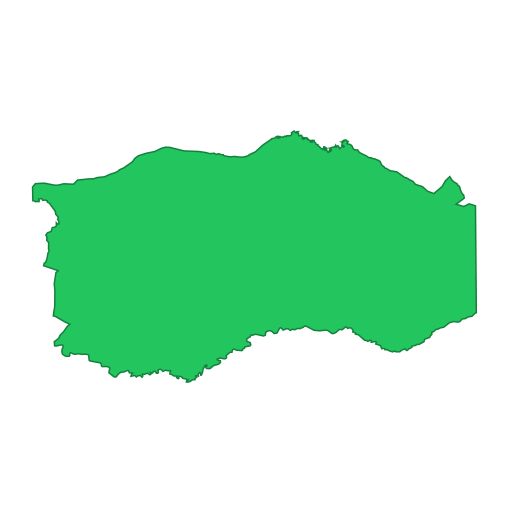 outline of Kibombo, Maniema, Democratic Republic of the Congo, rotated 268°
{"feature_id": "63176286B11141066261470", "entity_name": "Kibombo", "entity_type": "district", "adm_level": 2, "iso_a3": "COD", "parent_name": "Democratic Republic of the Congo", "parent_adm1": "Maniema", "projection": "equal_earth", "projection_center": [25.538, -4.082], "detail": "fine", "context": "isolated", "style": "filled", "palette": "green", "viewbox_px": 512, "rotation_deg": 268, "n_neighbors": 0, "source": "geoboundaries", "source_scale": "gbopen_adm2", "svg_char_len": 6079}
<svg xmlns="http://www.w3.org/2000/svg" viewBox="0 0 512 512"><g transform="rotate(268 256 256)"><path d="M173.2,51.6L173.0,53.1L174.0,58.3L173.5,59.8L171.4,60.1L170.0,59.0L167.1,58.6L164.8,59.1L163.0,61.3L162.3,63.2L162.3,65.8L163.0,66.4L165.5,66.6L165.9,67.6L164.4,70.1L164.1,71.7L164.5,75.1L163.8,78.6L163.8,82.9L163.2,84.7L162.6,85.3L157.6,85.6L156.9,86.3L154.7,96.4L153.8,97.4L151.4,97.8L150.8,98.4L150.8,102.4L150.3,104.7L149.2,105.9L144.4,104.9L140.2,109.9L139.9,111.5L140.3,112.3L142.8,114.3L144.5,116.8L144.8,120.3L146.1,123.7L145.8,124.7L143.7,125.3L143.2,128.4L142.6,127.6L140.1,126.8L140.9,130.6L139.3,132.2L140.3,133.7L140.7,136.2L138.8,137.8L140.0,138.7L141.9,138.5L141.7,140.5L142.7,143.2L141.0,145.8L141.4,146.7L143.3,146.5L142.6,147.7L142.7,148.7L144.2,149.5L144.4,150.6L144.0,151.5L142.3,152.3L142.2,153.4L142.8,154.4L145.5,154.1L146.1,155.9L145.8,157.3L143.9,158.9L145.0,161.7L144.4,163.8L144.3,166.6L141.4,165.7L140.9,166.0L140.5,167.7L139.0,169.6L138.7,173.0L137.3,172.3L136.1,173.9L136.3,174.5L138.3,174.8L138.5,175.3L138.0,177.3L136.4,178.3L135.3,182.3L134.5,183.8L133.7,182.3L132.5,182.0L132.4,183.5L132.9,185.9L134.4,188.0L134.6,190.7L135.6,190.4L136.8,192.5L138.3,191.6L138.5,192.5L137.9,194.3L140.0,194.2L141.5,195.5L141.1,196.3L138.8,196.7L138.9,197.3L141.6,198.5L144.1,198.9L148.3,201.2L148.8,202.4L148.4,203.2L147.0,202.1L146.2,202.0L145.3,202.7L145.0,204.9L145.3,206.5L148.0,209.8L149.1,214.5L150.2,216.2L151.4,216.9L152.6,216.7L153.3,214.1L153.9,213.5L154.5,213.8L155.3,216.5L154.3,220.6L154.4,221.8L155.2,223.0L157.6,222.8L160.6,226.6L160.7,228.7L162.9,229.1L163.8,230.8L162.6,233.0L161.9,238.5L162.3,239.2L163.6,239.6L164.2,241.2L165.6,241.9L166.4,247.0L167.5,247.7L169.8,247.1L170.8,244.1L171.5,243.6L173.9,244.3L175.5,247.5L177.0,247.9L177.3,248.6L176.9,249.8L177.7,252.0L177.7,253.4L175.8,260.8L176.5,262.5L179.3,263.1L180.2,264.0L180.9,266.5L180.6,268.3L179.8,269.6L177.9,271.4L178.2,274.2L183.0,277.1L183.5,277.9L183.0,278.9L181.0,280.5L182.3,284.0L181.9,285.8L180.4,287.8L181.6,290.0L180.9,292.0L182.2,295.2L181.8,297.0L183.0,300.5L184.3,302.2L183.8,304.3L179.7,311.5L179.0,317.1L179.5,323.1L179.1,325.1L175.8,329.3L175.9,331.1L176.9,333.4L179.7,336.6L179.3,339.6L182.0,343.0L181.5,344.3L180.5,344.9L181.0,347.4L180.6,348.7L178.5,350.4L176.7,350.1L175.7,352.8L174.4,352.6L173.7,355.6L168.0,361.6L167.6,363.6L166.7,364.9L167.8,366.9L167.6,368.2L165.9,368.0L165.7,368.8L166.4,371.7L165.9,373.3L163.8,372.6L162.3,377.1L158.9,378.5L159.2,380.2L158.9,381.3L157.8,381.6L157.8,384.1L157.0,384.9L155.4,389.1L156.3,391.2L155.5,391.9L155.2,395.6L155.5,396.8L156.9,398.5L158.0,401.8L156.5,402.9L156.3,403.7L157.9,405.7L159.3,408.6L160.6,408.8L161.0,412.1L162.1,414.0L161.9,415.8L164.5,420.9L167.0,421.7L168.6,426.8L170.2,427.5L171.5,429.0L173.6,429.0L174.1,430.7L176.4,433.4L176.6,435.5L177.7,437.7L178.3,441.2L182.6,447.1L183.6,451.1L182.9,455.3L183.3,457.4L185.8,459.8L186.2,463.2L187.8,466.0L188.1,469.6L191.6,473.4L191.6,474.2L298.5,477.1L300.7,470.8L298.2,465.5L300.7,457.8L306.6,466.2L309.8,465.6L310.8,464.4L313.7,463.0L318.4,461.8L319.5,460.2L320.7,459.9L321.6,458.8L323.2,456.3L325.1,454.4L328.6,452.4L324.5,447.9L319.0,444.5L312.2,435.9L314.8,429.6L319.5,424.8L322.0,417.9L325.4,415.2L325.6,414.1L326.5,413.2L326.6,412.0L327.5,411.4L329.1,408.6L329.2,407.5L335.2,399.7L336.5,393.2L339.2,388.9L339.5,387.6L340.5,387.3L342.5,384.8L346.2,383.3L347.3,381.7L349.0,377.8L349.4,375.6L350.2,374.6L350.4,372.1L352.3,369.6L355.2,364.0L356.5,362.4L358.4,361.4L358.7,358.2L360.1,356.6L362.3,356.0L364.0,354.4L365.1,350.9L367.2,352.1L367.6,350.5L368.5,350.6L368.9,349.3L368.6,348.0L368.1,348.1L367.8,346.8L367.4,346.9L367.7,346.4L366.8,346.2L366.8,345.6L366.5,346.1L363.5,345.6L362.8,347.0L363.2,347.3L362.4,348.0L361.9,347.6L362.1,345.7L360.4,343.3L362.9,342.3L363.5,340.8L362.2,340.5L362.2,339.2L363.4,339.1L362.2,338.4L362.0,335.9L361.1,334.4L361.4,334.1L361.0,333.6L360.8,334.0L360.9,333.3L360.2,334.0L359.8,333.6L359.9,334.6L359.0,334.9L359.0,333.9L358.5,334.1L358.3,333.0L357.8,332.5L357.6,333.1L357.0,331.7L358.9,330.5L359.5,328.5L359.9,330.2L360.9,330.6L362.8,328.2L362.7,327.5L362.0,327.4L361.1,328.7L360.7,325.3L363.4,322.8L363.9,321.9L365.2,321.7L365.3,320.2L367.0,319.4L368.1,318.2L369.5,318.1L369.6,316.2L368.6,316.6L367.7,315.7L368.3,314.3L369.1,315.0L369.8,313.4L370.5,312.9L370.9,313.2L370.4,312.5L370.7,311.6L371.7,310.8L371.8,311.4L372.2,311.1L371.9,310.3L372.4,310.1L372.4,308.9L371.5,308.4L371.0,307.7L371.2,307.1L371.6,306.6L371.9,308.1L372.4,308.1L373.3,306.3L374.9,305.8L375.1,304.9L374.5,303.3L374.9,302.9L377.1,302.8L377.6,302.1L377.4,301.8L378.2,301.5L378.8,302.3L378.8,301.1L378.1,300.4L377.7,300.6L377.8,300.0L379.6,298.4L377.9,295.7L376.6,296.1L375.0,294.7L375.1,290.9L374.3,290.3L374.8,289.1L373.8,286.5L374.2,284.9L373.0,282.6L373.3,281.5L373.8,281.6L374.7,282.9L374.9,281.5L374.3,280.0L373.1,278.8L372.8,275.9L371.8,274.9L366.8,266.9L360.1,259.0L357.6,253.0L356.3,251.3L355.3,246.7L355.5,242.3L356.3,237.8L355.9,234.3L357.0,228.6L357.4,227.4L358.3,226.9L358.6,224.1L359.3,223.3L359.4,221.0L358.8,219.7L360.2,217.7L359.9,213.7L361.3,208.8L362.5,201.9L363.5,187.9L367.6,173.5L367.9,169.3L367.0,165.3L364.0,158.7L362.4,149.3L360.2,141.8L357.9,138.5L354.4,135.7L348.6,126.8L346.9,122.5L345.7,121.3L344.3,118.4L342.9,113.4L340.4,107.2L340.0,100.4L338.8,96.1L338.9,91.5L338.1,80.3L334.1,76.1L334.9,66.4L333.7,60.6L333.8,57.3L336.2,46.9L336.0,38.0L332.7,35.1L319.0,34.9L319.0,36.1L317.9,37.6L318.2,39.4L317.8,40.9L318.7,41.3L320.5,40.8L320.9,43.9L319.1,44.8L319.3,47.0L318.6,49.3L317.2,49.3L316.0,51.3L307.8,56.9L304.6,57.4L301.5,59.9L299.5,59.0L297.9,60.0L296.1,60.3L294.8,59.9L294.7,59.0L296.2,57.6L292.9,57.5L291.5,55.1L291.7,54.2L291.3,53.3L287.7,52.1L286.4,48.3L284.2,46.7L282.9,47.6L278.8,47.5L276.7,49.2L270.4,48.9L267.6,49.4L266.3,48.2L260.5,47.0L257.2,45.6L256.4,45.0L256.4,44.2L253.7,43.4L248.2,57.8L246.4,55.5L235.4,53.4L227.6,53.8L212.8,53.1L203.2,51.3L202.4,53.8L196.7,62.8L194.3,67.6L192.1,64.8L187.1,61.1L183.6,57.4L180.5,55.8L177.4,51.4L173.2,51.6Z" fill="#22c55e" stroke="#15803d" stroke-width="1.5"/></g></svg>